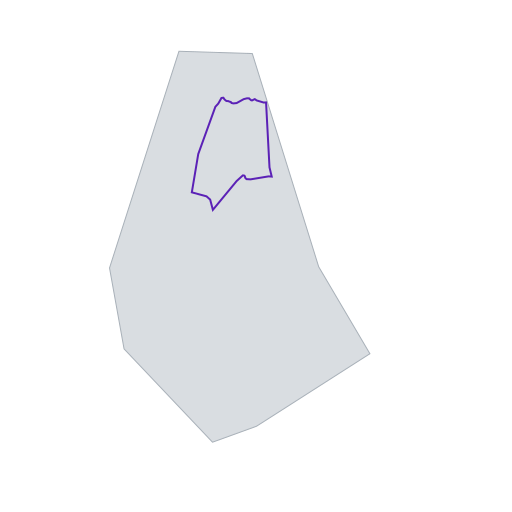 location of Saint Andrew within Barbados, rotated 19°
{"feature_id": "BRB-1990", "entity_name": "Saint Andrew", "entity_type": "Parish", "adm_level": 1, "iso_a3": "BRB", "parent_name": "Barbados", "parent_adm1": "", "projection": "natural_earth1", "projection_center": [-59.584, 13.25], "detail": "fine", "context": "in_parent", "style": "outline", "palette": "violet", "viewbox_px": 512, "rotation_deg": 19, "n_neighbors": 0, "source": "natural_earth", "source_scale": "10m", "svg_char_len": 1029}
<svg xmlns="http://www.w3.org/2000/svg" viewBox="0 0 512 512"><g transform="rotate(19 256 256)"><path d="M311.9,416.8L275.5,446.2L161.5,386.8L121.4,315.0L116.5,87.5L186.6,65.8L318.8,245.8L395.5,311.3L311.9,416.8Z" fill="#d9dde1" stroke="#a8b0b8" stroke-width="1"/><path d="M215.5,107.5L239.9,167.8L245.0,175.8L242.0,176.6L225.9,185.3L222.0,186.4L220.4,185.6L220.1,185.2L219.6,184.4L219.3,184.1L219.0,183.9L218.5,183.8L218.0,183.9L217.3,184.1L213.3,191.4L200.2,226.4L194.3,217.6L189.8,215.7L174.6,216.7L168.2,178.4L169.0,128.1L170.7,124.2L171.9,117.8L172.6,117.5L173.1,117.2L173.4,117.0L173.8,117.2L174.2,117.3L174.6,117.8L175.3,118.2L176.2,118.6L177.3,119.0L177.9,119.0L178.6,118.8L179.1,118.6L179.7,118.6L180.7,118.7L181.0,118.7L181.5,118.6L181.8,118.6L182.3,118.7L183.0,119.3L184.9,119.1L187.9,117.7L193.3,111.7L196.2,109.8L198.1,109.2L198.7,109.6L199.4,109.8L199.8,109.9L200.3,110.2L200.9,110.3L201.6,110.2L203.7,108.1L204.0,108.1L205.9,108.7L213.3,108.4L215.5,107.5Z" fill="none" stroke="#5b21b6" stroke-width="2"/></g></svg>